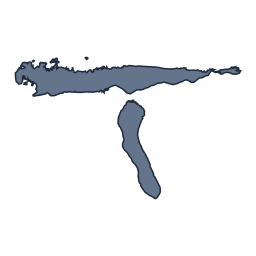 outline of Kepulauan Sula, Maluku Utara, Indonesia
{"feature_id": "22746128B81791072961966", "entity_name": "Kepulauan Sula", "entity_type": "district", "adm_level": 2, "iso_a3": "IDN", "parent_name": "Indonesia", "parent_adm1": "Maluku Utara", "projection": "mercator", "projection_center": [125.8, -2.114], "detail": "fine", "context": "isolated", "style": "filled", "palette": "slate", "viewbox_px": 256, "rotation_deg": 0, "n_neighbors": 0, "source": "geoboundaries", "source_scale": "gbopen_adm2", "svg_char_len": 5491}
<svg xmlns="http://www.w3.org/2000/svg" viewBox="0 0 256 256"><path d="M30.3,62.0L28.0,62.5L27.6,63.8L26.6,62.8L24.5,62.4L22.8,62.7L20.8,65.9L21.5,66.8L21.9,66.1L24.2,66.5L24.7,67.2L24.6,68.2L23.5,68.2L21.9,68.8L21.8,68.5L20.6,68.4L20.8,68.0L20.4,67.6L19.1,67.9L19.0,68.9L18.0,69.3L17.2,71.2L15.4,72.9L15.6,78.0L16.2,81.5L17.7,82.7L18.6,84.0L21.1,83.7L21.5,83.3L22.6,80.2L22.5,79.4L23.0,78.9L22.6,77.1L23.3,75.8L24.4,76.2L24.0,77.8L24.3,79.0L25.0,78.9L25.2,78.2L25.5,79.1L27.2,79.9L27.8,78.3L28.1,79.4L28.9,79.9L28.2,81.2L29.3,81.2L29.9,79.9L29.9,80.3L30.5,80.4L30.7,82.0L31.4,81.9L31.7,82.4L32.3,81.6L33.3,82.0L33.6,83.0L35.9,83.5L36.9,86.4L35.8,89.3L36.8,90.4L37.2,91.6L35.6,93.2L33.2,94.7L33.0,95.7L33.8,96.1L35.8,95.9L36.6,95.3L38.4,95.5L45.9,93.8L46.4,93.1L47.6,92.9L49.9,94.5L49.8,94.9L50.7,95.7L54.2,95.7L60.8,93.2L62.8,93.2L63.3,92.3L64.0,91.9L66.9,92.2L69.1,91.8L74.3,92.2L74.8,91.5L74.9,91.9L75.9,92.3L81.9,92.4L85.8,91.9L93.9,92.1L97.1,91.4L99.1,91.9L99.9,91.6L100.3,90.4L100.8,90.3L102.2,90.8L102.1,91.9L102.8,91.5L104.1,92.7L104.0,91.8L104.4,91.1L104.1,90.6L105.1,89.1L106.0,88.7L107.5,88.9L108.6,87.8L110.7,86.7L115.4,85.1L122.6,88.9L127.0,93.0L130.4,93.8L136.3,90.2L137.8,89.7L139.8,90.0L142.9,89.5L145.9,88.0L148.3,87.5L151.3,85.5L153.5,85.4L157.3,83.3L161.5,82.9L163.3,82.2L165.0,82.1L165.5,82.6L173.0,84.6L177.2,83.6L180.5,82.0L182.3,81.6L184.2,80.3L186.1,79.9L188.6,80.5L190.7,81.9L190.8,82.3L193.8,82.3L199.3,78.0L202.4,77.7L205.0,76.1L208.3,75.3L209.4,73.2L211.6,70.7L213.2,70.7L214.6,69.7L213.7,69.7L213.4,69.2L212.2,68.9L211.6,69.3L209.7,69.1L209.7,69.7L209.1,70.2L207.5,70.4L206.8,69.9L207.4,70.5L207.4,71.4L205.3,72.4L204.3,71.0L203.1,72.0L202.3,72.0L201.3,70.7L199.5,71.0L197.9,69.9L195.6,70.5L193.7,70.1L189.4,70.3L186.5,69.8L185.9,69.4L185.9,68.1L185.1,68.4L184.2,67.7L181.7,68.5L180.9,68.1L180.8,68.6L180.3,68.7L177.4,68.5L177.1,68.1L174.4,68.8L170.8,69.0L163.3,68.5L157.1,67.2L137.7,66.0L136.7,66.4L129.0,65.5L127.8,66.3L123.6,65.8L123.2,67.0L122.2,66.9L121.8,68.1L119.5,68.0L118.5,67.3L117.5,67.3L116.8,68.1L115.3,67.3L114.1,67.6L113.4,67.3L112.1,67.7L111.6,68.8L110.1,69.0L107.3,68.6L106.4,68.0L105.6,68.4L105.1,67.9L104.0,67.8L104.4,66.7L103.2,66.4L103.5,68.3L103.0,68.7L102.2,67.9L102.3,68.7L101.8,69.3L101.1,68.7L101.3,68.0L100.8,68.3L100.5,67.9L99.8,68.4L98.8,68.1L98.4,68.2L98.2,69.6L97.3,69.8L97.1,68.1L96.5,68.0L95.7,69.1L93.5,69.8L93.8,71.5L92.3,72.4L92.0,72.1L92.2,71.3L91.4,71.2L91.0,70.1L90.6,69.9L88.5,70.6L87.1,72.6L86.2,72.5L85.5,71.1L83.2,71.9L77.5,71.0L75.8,72.6L73.8,72.3L73.9,71.2L72.6,69.2L71.9,69.5L71.4,70.7L69.0,70.6L68.3,70.0L68.7,69.1L67.9,68.3L66.9,69.5L65.9,69.1L66.1,67.7L65.3,68.5L61.0,67.2L59.4,67.6L58.6,67.1L56.9,68.8L57.0,67.6L56.4,67.5L57.3,65.5L56.6,64.1L55.3,64.7L54.9,65.6L53.8,66.3L53.9,69.0L52.9,67.1L52.2,66.9L52.3,67.5L51.7,68.0L52.0,70.2L51.6,70.2L51.4,69.0L50.6,68.4L50.0,69.5L49.4,69.3L49.1,71.0L48.8,71.0L48.1,70.1L48.3,68.1L46.7,70.6L46.1,69.6L46.4,68.7L45.7,68.6L45.4,68.1L45.6,67.3L44.6,67.1L44.0,67.4L43.6,66.7L45.0,65.9L46.5,63.9L46.5,63.4L45.0,62.6L43.9,63.2L43.0,62.6L42.0,62.9L40.5,62.4L39.8,63.2L39.6,65.4L39.1,66.8L38.2,66.9L37.7,66.3L34.4,68.7L33.3,68.1L33.1,66.7L31.8,66.2L31.3,62.5L30.3,62.0ZM129.5,101.9L129.3,101.4L129.6,101.0L129.0,100.7L127.9,101.2L127.1,102.4L126.5,102.4L126.1,104.8L124.5,105.7L122.7,109.4L121.1,110.7L118.4,117.4L118.0,123.6L118.8,124.5L119.3,126.3L120.3,127.2L122.8,132.7L122.8,135.3L124.1,139.8L122.6,143.5L122.6,146.6L124.0,149.3L127.6,153.0L129.6,156.6L131.0,158.0L132.5,161.7L135.5,164.8L137.6,168.4L138.5,172.6L138.1,176.4L138.6,177.0L138.4,178.0L138.9,181.0L139.5,182.9L140.7,184.1L140.9,186.0L141.8,187.8L145.2,192.3L149.3,195.2L153.6,197.4L154.3,198.3L155.6,198.6L157.3,197.3L159.7,193.5L160.3,191.6L160.1,187.5L155.1,177.3L153.6,175.7L153.5,173.4L150.2,166.7L149.9,163.9L147.1,157.6L146.0,156.3L146.0,155.3L142.5,149.7L140.8,145.4L139.6,143.5L137.8,136.6L137.6,134.0L138.3,129.1L141.7,120.0L142.8,118.3L142.3,116.6L143.7,116.1L144.6,114.6L144.3,113.5L144.5,110.8L143.7,109.9L143.5,108.7L141.5,107.3L141.2,106.4L140.2,106.6L140.0,105.7L138.1,104.8L137.5,103.4L136.8,103.3L136.6,103.8L135.7,103.0L135.8,102.6L135.2,102.8L134.9,102.2L135.2,101.9L134.7,101.6L133.5,101.3L134.0,101.6L133.8,102.0L133.1,101.6L132.3,102.3L131.6,101.4L131.0,101.9L130.6,101.2L129.5,101.9ZM234.9,66.9L233.2,67.3L231.7,67.1L230.1,68.6L228.7,69.2L224.8,69.3L221.9,70.0L220.4,69.8L218.8,71.1L214.1,71.9L215.3,72.5L219.6,71.9L219.2,72.8L220.5,72.6L220.3,73.9L220.8,74.1L222.8,73.8L224.1,72.9L226.3,72.3L230.2,72.8L231.4,73.6L233.9,74.2L236.3,74.1L239.3,73.2L240.6,70.8L236.6,70.9L236.1,70.5L238.5,69.3L237.5,68.9L237.4,68.5L239.1,67.9L236.1,67.6L233.5,68.2L234.9,66.9ZM57.2,58.5L56.2,58.2L54.8,59.2L54.2,60.9L53.8,59.4L53.0,59.1L52.0,60.1L51.7,61.0L50.4,61.7L50.3,62.6L51.5,62.8L52.4,62.2L53.1,62.3L53.9,61.3L54.8,61.9L55.3,61.4L55.7,62.3L56.1,62.1L55.7,62.9L56.2,63.1L58.8,62.6L58.9,61.9L57.9,61.4L57.1,60.3L57.2,58.5ZM26.3,82.1L24.2,82.9L23.9,84.3L26.8,84.7L27.0,82.4L26.3,82.1ZM86.7,59.4L87.9,58.4L87.8,58.0L86.7,57.4L85.5,57.6L85.3,58.1L86.7,59.4ZM32.9,83.3L31.7,84.5L31.7,85.4L32.5,85.5L33.1,84.7L33.5,83.5L32.9,83.3ZM108.6,89.0L108.4,88.7L107.6,89.0L106.2,90.4L107.5,90.2L108.6,89.0ZM33.6,60.4L32.6,60.9L33.2,61.9L34.3,60.9L33.6,60.4ZM72.8,67.8L72.2,68.1L72.4,69.0L73.0,68.7L72.8,67.8ZM106.5,67.7L107.0,67.2L106.7,66.8L106.5,67.7ZM132.9,100.3L132.2,100.3L131.7,101.0L132.3,100.9L132.9,100.3ZM32.5,65.6L32.8,66.1L32.9,65.4L32.5,65.6Z" fill="#64748b" stroke="#1e293b" stroke-width="1.5"/></svg>